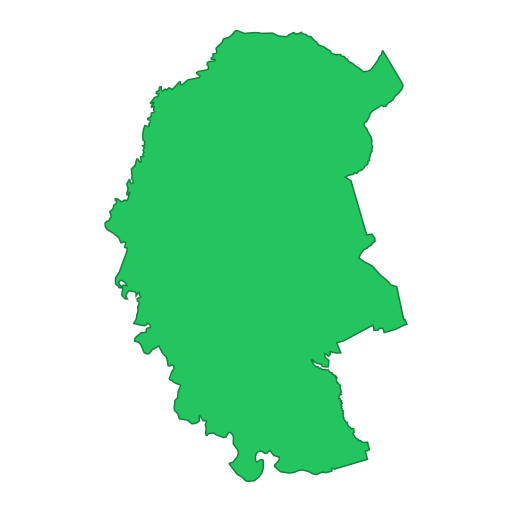 the district of Dau Tieng, Bình Dương, Vietnam
{"feature_id": "81297802B65073062645065", "entity_name": "Dau Tieng", "entity_type": "district", "adm_level": 2, "iso_a3": "VNM", "parent_name": "Vietnam", "parent_adm1": "Bình Dương", "projection": "mercator", "projection_center": [106.434, 11.318], "detail": "fine", "context": "isolated", "style": "filled", "palette": "green", "viewbox_px": 512, "rotation_deg": 0, "n_neighbors": 0, "source": "geoboundaries", "source_scale": "gbopen_adm2", "svg_char_len": 6030}
<svg xmlns="http://www.w3.org/2000/svg" viewBox="0 0 512 512"><path d="M361.4,170.3L364.1,167.8L364.4,166.7L367.7,164.1L368.1,161.4L369.6,160.3L369.3,158.8L370.2,156.0L369.9,154.5L372.1,151.0L371.9,148.2L372.6,146.8L371.6,144.5L371.9,140.2L370.7,136.1L369.1,134.3L366.8,128.8L363.9,125.6L364.4,122.6L366.7,121.5L369.6,116.0L370.0,113.8L373.1,110.5L381.2,105.6L382.6,105.5L383.4,106.6L385.6,106.3L388.0,103.2L393.2,99.7L394.5,96.9L398.9,92.8L401.8,89.2L402.7,87.1L402.9,85.1L402.2,83.3L383.0,51.0L382.2,51.1L381.5,54.7L379.5,56.4L378.1,59.9L372.2,68.2L370.1,70.1L367.7,71.3L363.1,71.7L359.6,68.5L354.6,65.4L353.8,64.2L348.8,61.5L347.3,59.2L345.5,58.4L344.4,56.6L341.6,56.2L341.0,55.0L340.1,54.5L335.8,54.7L331.7,53.6L330.4,51.2L323.3,46.6L318.8,45.2L316.6,42.1L314.8,41.0L311.0,36.7L307.9,36.4L305.9,34.5L301.8,33.6L301.3,32.3L298.3,33.8L295.4,34.1L294.4,32.7L293.3,32.6L288.3,35.2L287.7,36.2L285.7,36.7L278.5,36.0L272.5,33.1L261.0,33.4L258.5,32.7L253.9,32.6L244.3,33.4L238.3,31.0L236.0,30.7L234.7,31.3L232.2,34.6L228.6,37.5L223.5,38.9L222.0,42.6L216.3,47.9L216.0,48.9L216.8,51.1L216.7,52.6L216.0,53.4L212.9,54.1L213.2,56.6L211.1,58.3L211.5,59.4L214.9,59.3L215.1,60.4L213.9,61.1L208.5,61.7L207.5,62.4L207.0,64.3L208.4,66.6L208.3,69.1L206.4,70.0L198.6,71.4L196.7,72.5L196.9,73.8L200.0,75.8L199.5,77.6L187.8,79.9L182.3,84.7L180.4,84.5L180.4,81.9L179.3,81.9L172.4,89.5L169.0,87.7L166.8,90.0L165.2,89.0L162.5,91.1L161.3,89.7L161.2,86.9L160.2,86.6L159.4,87.6L159.2,90.4L156.5,91.8L156.2,93.2L156.9,93.8L158.5,93.9L158.5,95.7L154.5,97.6L150.4,102.9L151.1,103.6L153.1,102.4L153.8,102.6L153.7,103.4L151.6,105.6L151.3,107.1L151.7,107.4L153.3,106.3L154.2,106.7L153.5,109.8L154.5,111.8L154.0,112.4L151.2,113.1L151.4,116.4L147.6,118.6L147.9,119.7L150.0,120.2L150.5,120.9L150.3,121.9L148.9,123.5L149.4,125.8L147.8,126.5L144.9,125.5L143.6,129.0L142.8,134.2L143.0,140.1L144.9,141.6L144.3,143.4L144.9,144.8L142.5,145.8L144.3,147.3L143.1,150.5L143.9,152.3L142.9,154.4L143.8,156.3L140.7,156.8L141.2,161.1L140.9,162.0L139.8,161.8L137.8,159.2L136.7,159.1L135.2,165.2L131.2,169.2L131.8,171.8L131.6,173.8L132.3,175.5L131.5,178.7L133.2,180.7L133.0,183.1L131.0,183.6L130.1,182.1L129.9,180.0L129.2,179.6L126.8,184.0L128.1,188.7L126.8,193.2L127.0,194.9L127.7,194.9L129.1,192.2L129.9,192.4L127.7,199.3L126.7,200.8L124.9,200.0L121.7,201.8L117.2,198.8L115.2,198.8L115.2,200.1L116.6,201.3L116.2,203.7L113.8,205.1L113.1,208.7L109.7,211.9L111.4,216.6L109.7,218.6L109.0,220.7L106.4,221.7L105.0,223.2L105.3,226.7L107.2,229.6L112.6,232.7L118.6,237.5L121.0,242.9L124.4,241.8L125.7,242.5L124.6,247.5L126.7,247.9L127.2,248.5L127.1,250.8L119.1,272.6L115.5,277.9L115.5,283.6L116.3,284.8L118.4,286.0L118.9,287.6L120.9,287.9L121.3,287.7L120.5,285.7L118.7,282.6L119.8,280.9L121.4,280.3L123.8,281.5L125.9,283.5L126.7,285.8L123.3,285.1L122.2,285.8L122.7,289.6L121.8,294.3L122.0,295.5L125.3,298.9L127.4,299.0L126.0,296.6L126.0,295.4L127.2,292.9L129.3,290.6L135.2,292.0L136.0,292.9L136.1,295.8L138.2,292.7L139.2,292.4L139.5,294.8L140.8,296.9L137.1,298.7L137.4,301.1L139.2,302.1L139.4,302.8L137.7,306.9L138.1,311.1L136.9,314.6L136.4,318.8L133.8,323.4L144.0,325.8L145.4,325.5L148.1,323.3L149.7,324.5L150.4,326.4L150.2,327.6L147.5,328.1L146.4,328.9L145.9,332.3L141.3,332.7L135.4,337.6L134.8,338.9L134.8,341.3L138.2,342.0L139.6,343.2L141.0,345.0L144.1,352.6L147.0,354.0L149.2,353.6L152.2,349.8L158.7,346.0L162.4,353.0L166.8,357.6L168.2,365.8L169.5,366.1L171.8,364.9L173.8,366.1L174.1,368.4L172.1,371.2L169.3,378.5L169.9,379.8L171.9,380.5L174.0,382.5L180.2,385.0L180.7,385.8L178.1,391.3L177.6,397.7L175.0,400.4L174.1,408.5L174.6,410.4L178.0,414.1L179.2,418.7L187.6,420.2L191.7,423.7L194.1,423.7L197.1,422.7L199.5,420.8L199.1,416.1L199.9,415.6L203.1,420.7L206.1,420.9L206.6,421.5L205.3,424.7L206.2,428.2L205.6,433.7L206.3,435.4L207.1,435.3L208.9,433.5L213.4,432.9L216.0,434.7L223.8,437.6L226.1,437.0L228.2,433.1L229.2,432.4L230.4,432.6L232.6,434.7L233.4,436.8L233.2,443.8L237.8,450.2L238.4,452.4L237.4,456.7L232.7,462.4L229.5,463.2L229.3,464.0L237.2,474.4L241.7,476.8L245.6,480.7L247.8,481.3L254.4,480.8L259.3,476.6L261.6,473.2L263.4,467.9L263.3,460.7L262.7,459.8L261.1,459.5L257.1,462.0L256.1,461.5L255.5,459.8L255.5,456.4L256.2,453.9L257.7,452.1L260.3,451.0L261.7,451.0L264.0,452.9L265.8,453.5L266.9,453.2L269.0,450.9L270.2,450.9L273.6,455.3L279.2,457.2L279.4,459.2L277.7,462.0L274.6,465.0L274.7,466.6L280.4,471.7L289.8,473.1L294.0,472.4L299.2,470.3L302.6,470.0L308.8,471.6L313.2,474.0L316.4,474.6L322.0,472.1L326.5,472.6L331.8,471.1L332.1,468.3L333.3,468.3L334.2,469.2L367.5,459.3L365.3,451.2L369.4,449.9L367.5,442.2L362.8,442.5L360.4,440.6L358.3,440.5L358.3,439.5L355.7,438.1L352.8,433.6L354.1,432.3L353.6,428.5L351.0,428.7L350.0,427.2L349.2,427.1L347.4,424.4L347.3,422.5L346.2,422.2L343.8,419.2L343.9,417.9L343.1,416.9L343.2,410.8L341.9,410.2L342.1,409.0L341.2,407.8L341.9,406.2L341.0,404.8L342.3,403.3L341.3,402.9L341.6,402.3L340.6,401.6L341.4,400.9L340.1,399.9L340.0,398.5L338.7,398.4L339.5,395.1L341.3,394.5L340.4,393.3L341.4,391.9L339.8,387.1L340.5,385.6L337.6,382.7L336.7,382.5L336.4,379.4L336.9,377.6L335.6,377.4L336.1,376.3L335.2,375.6L332.4,374.3L332.6,373.2L329.5,372.1L328.4,369.9L327.0,370.1L325.5,369.4L322.5,369.8L321.8,369.6L320.9,368.1L319.4,368.4L317.9,366.9L315.2,366.4L312.9,363.2L312.9,362.0L312.1,361.7L311.6,360.6L311.6,359.7L312.4,359.6L315.4,362.6L321.4,364.5L322.6,366.5L326.9,367.0L328.4,366.6L328.8,360.4L325.1,357.2L324.7,353.7L326.1,354.1L328.4,356.4L330.3,354.2L330.0,351.7L336.3,353.0L340.7,352.9L336.8,342.7L343.3,341.0L372.7,325.3L373.8,327.3L374.0,330.3L378.1,330.1L379.2,328.4L382.8,328.3L384.3,332.6L395.6,329.3L404.2,325.0L407.0,324.3L404.9,319.3L403.7,319.5L396.7,286.6L390.2,284.8L389.6,283.3L387.4,280.8L380.4,275.1L372.2,265.9L363.8,261.5L358.9,258.1L360.7,253.7L363.8,249.7L366.9,248.3L368.9,246.3L371.2,245.2L372.5,243.2L375.0,241.3L374.8,238.1L371.8,234.1L366.7,234.9L351.0,180.8L345.1,177.1L346.8,176.6L347.7,175.4L353.2,174.4L354.4,172.8L356.9,173.3L358.6,171.0L361.4,170.3Z" fill="#22c55e" stroke="#15803d" stroke-width="1.5"/></svg>